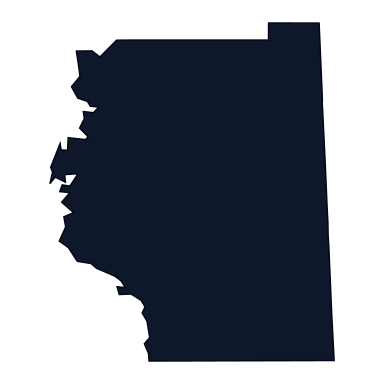 outline of Washington, Alabama, United States of America, rotated 180°
{"feature_id": "52423323B12485828442436", "entity_name": "Washington", "entity_type": "district", "adm_level": 2, "iso_a3": "USA", "parent_name": "United States of America", "parent_adm1": "Alabama", "projection": "albers", "projection_center": [-88.098, 31.407], "detail": "fine", "context": "isolated", "style": "filled", "palette": "ink", "viewbox_px": 384, "rotation_deg": 180, "n_neighbors": 0, "source": "geoboundaries", "source_scale": "gbopen_adm2", "svg_char_len": 1039}
<svg xmlns="http://www.w3.org/2000/svg" viewBox="0 0 384 384"><g transform="rotate(180 192 192)"><path d="M56.8,175.0L57.2,183.4L57.2,183.7L58.8,221.2L61.3,272.2L61.8,280.9L61.6,284.2L62.0,293.3L62.0,294.0L64.9,360.9L115.4,361.0L115.5,343.9L253.6,343.9L267.4,343.8L284.1,327.0L292.0,333.1L307.6,332.9L305.0,315.6L304.1,307.6L312.5,297.3L306.2,285.9L296.6,282.6L293.7,277.8L285.3,277.0L290.5,271.3L300.7,272.4L299.6,265.5L304.4,255.9L295.9,247.3L298.4,244.4L315.8,246.3L316.4,233.8L322.9,234.0L323.9,240.4L333.3,216.7L331.4,211.9L334.1,200.4L328.8,206.9L318.6,201.9L319.3,209.4L306.0,210.3L314.1,197.9L321.8,199.1L324.2,192.4L314.1,191.4L322.3,181.8L310.4,171.4L320.1,167.2L318.3,157.1L324.7,142.9L315.6,136.4L306.7,122.7L293.0,120.5L287.4,115.7L269.2,107.9L263.0,103.2L258.6,96.5L266.9,97.2L264.7,89.5L253.0,90.0L242.8,83.6L239.0,77.1L241.8,71.0L237.0,62.9L234.3,46.5L239.6,40.2L235.5,30.6L234.9,23.0L49.9,23.5L52.1,66.3L52.2,67.6L55.2,137.8L55.9,148.6L56.1,161.4L56.8,175.0Z" fill="#0f172a" stroke="#020617" stroke-width="1.5"/></g></svg>